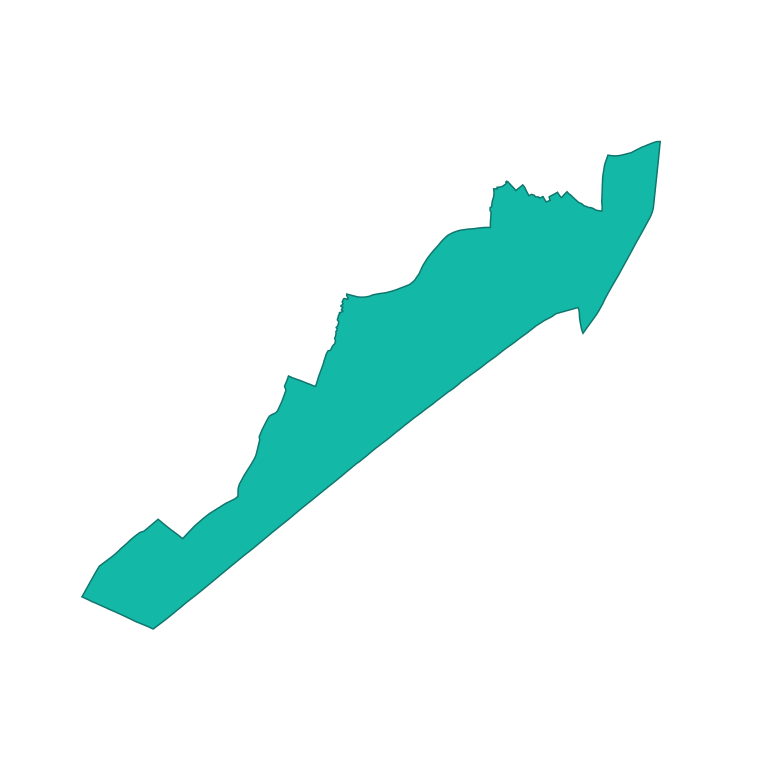 Bang Kruai, Nonthaburi, Thailand, rotated 319°
{"feature_id": "78962969B85979697822456", "entity_name": "Bang Kruai", "entity_type": "district", "adm_level": 2, "iso_a3": "THA", "parent_name": "Thailand", "parent_adm1": "Nonthaburi", "projection": "mercator", "projection_center": [100.434, 13.813], "detail": "fine", "context": "isolated", "style": "filled", "palette": "teal", "viewbox_px": 768, "rotation_deg": 319, "n_neighbors": 0, "source": "geoboundaries", "source_scale": "gbopen_adm2", "svg_char_len": 6070}
<svg xmlns="http://www.w3.org/2000/svg" viewBox="0 0 768 768"><g transform="rotate(319 384 384)"><path d="M423.3,303.1L421.4,301.1L420.6,300.0L418.6,297.1L414.9,291.7L414.2,292.5L413.9,292.8L413.7,293.3L413.3,295.4L412.9,295.9L412.6,296.1L412.3,296.2L412.0,296.0L411.6,295.3L411.1,294.8L410.2,293.6L410.0,293.4L409.7,293.3L409.5,293.2L409.3,293.3L408.0,293.9L406.8,294.3L406.5,294.5L406.1,295.0L406.0,295.3L405.8,296.3L405.7,296.6L405.2,296.8L404.8,296.9L403.2,296.6L402.9,296.6L402.6,296.9L402.5,297.2L402.5,297.5L403.2,298.7L403.3,298.9L403.2,299.1L403.1,299.3L402.8,299.4L401.2,299.7L400.8,299.9L400.5,300.0L400.4,300.2L400.4,300.4L400.8,301.2L400.9,301.5L400.8,301.8L400.6,302.1L400.3,302.2L400.0,302.1L399.1,301.7L398.2,301.6L397.5,301.0L397.2,300.9L396.7,301.3L396.7,302.0L396.0,302.3L395.0,302.2L394.7,302.3L394.4,302.5L393.7,303.2L392.0,304.2L391.3,304.6L391.0,304.9L390.8,305.2L390.8,306.5L390.7,306.9L390.5,307.4L390.1,307.9L387.0,309.8L386.5,309.9L385.3,309.8L385.0,309.9L384.9,310.2L384.8,311.0L384.8,311.4L384.6,311.8L384.4,312.1L383.9,312.5L382.8,312.6L381.9,313.1L381.6,313.4L381.3,314.1L381.1,314.3L378.5,316.3L378.1,316.5L377.4,316.7L377.0,316.9L376.6,317.3L376.4,317.8L376.0,319.3L374.4,320.5L373.8,321.0L373.2,321.3L371.6,321.3L369.7,321.7L366.1,323.3L365.5,323.3L364.7,323.0L363.7,322.4L363.3,322.3L360.9,323.2L359.8,323.7L356.7,325.6L353.8,327.3L352.1,328.5L350.3,329.6L340.4,335.0L338.1,336.4L337.0,337.1L336.0,337.7L334.5,338.7L333.2,339.5L330.8,340.8L330.1,340.0L329.6,339.2L328.0,335.8L326.8,333.7L325.9,331.9L322.6,325.5L321.5,323.8L320.4,321.7L319.1,319.5L318.3,317.6L317.2,315.3L313.7,317.3L307.7,320.3L307.5,320.5L307.1,320.9L306.6,322.8L306.3,323.6L306.1,324.0L306.0,324.3L305.3,324.7L296.0,329.9L293.5,331.1L286.9,334.0L285.9,334.4L285.1,334.6L283.0,334.6L282.5,334.5L279.6,333.6L277.6,333.2L276.9,333.1L275.7,333.3L273.6,333.9L269.0,335.7L262.1,338.5L258.7,340.2L256.0,341.5L255.3,341.9L255.0,342.2L254.8,342.5L253.9,344.1L253.3,344.8L246.0,350.0L242.6,352.4L240.2,354.0L238.4,354.8L235.3,356.0L233.3,356.7L228.9,358.1L218.8,361.1L209.3,364.7L206.6,366.3L204.3,368.2L200.5,372.6L199.4,373.0L196.2,372.9L190.4,371.4L187.3,370.5L184.7,370.0L167.3,367.3L160.6,366.9L147.6,366.9L130.6,368.6L130.3,367.2L129.4,362.2L128.2,356.7L127.5,353.7L126.6,348.9L125.0,339.4L124.8,337.9L109.6,337.7L106.7,337.6L105.7,337.4L104.1,336.6L102.7,336.1L102.1,335.9L97.2,335.5L91.4,335.3L85.1,335.6L76.7,335.6L75.4,335.8L68.9,336.0L64.6,335.8L49.8,334.7L49.3,334.8L40.7,337.7L28.5,342.1L21.6,344.6L17.5,346.1L16.4,346.4L17.5,348.9L19.6,353.6L20.8,356.6L23.1,361.2L29.3,374.8L31.3,378.9L37.8,393.4L40.8,400.5L46.9,412.6L48.5,416.4L49.1,417.5L65.8,418.6L85.9,419.2L90.5,419.2L95.8,419.5L102.8,419.9L110.9,420.2L127.0,420.6L133.9,420.7L159.7,421.4L167.8,421.7L175.7,422.1L192.5,422.5L202.6,422.7L218.6,423.3L222.5,423.5L236.8,423.7L246.6,424.0L252.3,424.3L259.4,424.5L265.8,424.7L274.7,425.0L283.6,425.4L287.3,425.5L295.2,425.7L298.3,425.7L310.2,426.0L311.7,426.1L314.7,426.5L319.7,426.6L322.7,426.8L325.0,426.8L330.4,426.9L335.0,427.0L343.6,427.5L348.4,427.9L352.1,428.1L361.9,428.3L366.2,428.6L372.3,428.7L376.3,429.0L384.0,429.3L392.0,430.0L400.1,430.4L407.5,431.1L412.3,431.2L427.3,432.1L432.4,432.8L438.6,433.1L444.2,433.1L468.9,435.2L476.0,435.5L486.6,436.5L496.1,436.9L500.2,437.2L505.7,437.8L510.3,438.2L515.0,438.4L526.6,439.4L537.2,439.9L546.7,441.3L554.9,443.3L560.0,443.8L580.6,453.6L580.0,455.3L579.5,456.2L579.0,457.1L577.6,459.1L575.0,462.3L572.3,466.6L569.3,471.8L568.0,474.7L567.5,476.3L574.9,474.5L588.3,471.4L591.6,470.5L594.4,469.6L601.8,466.9L604.4,465.7L606.5,464.8L613.4,462.2L618.7,460.3L632.0,455.8L653.1,448.0L667.7,442.5L682.7,437.1L691.1,433.9L694.7,432.6L696.9,431.5L698.8,430.5L700.7,429.3L702.1,428.3L703.9,426.8L733.3,399.4L735.8,397.1L750.3,383.4L751.6,382.2L750.5,381.3L749.5,380.5L748.4,379.8L746.9,379.1L744.9,378.3L741.3,377.0L733.5,374.3L730.9,373.7L727.9,372.9L722.1,371.5L713.4,367.1L710.7,365.5L708.3,363.7L706.2,361.7L704.3,359.6L703.2,358.2L697.1,361.6L693.8,363.7L692.6,364.7L691.0,366.1L687.8,368.7L686.2,370.1L683.3,372.8L681.2,375.2L679.5,376.8L678.3,378.3L677.0,379.6L673.8,383.1L672.2,384.7L670.5,386.7L668.4,388.7L666.7,390.9L665.2,393.0L664.6,393.8L661.9,396.5L659.2,393.4L658.1,391.9L657.7,390.9L657.2,389.0L656.6,388.1L656.4,387.4L655.9,386.9L655.6,386.4L655.3,386.1L655.0,385.6L654.8,385.4L654.5,385.3L654.2,385.2L653.8,384.5L653.6,383.5L653.5,383.2L651.9,380.8L651.5,377.8L651.3,377.2L650.3,375.4L650.1,374.8L650.0,374.4L649.4,370.0L648.8,363.2L648.2,361.6L648.2,361.3L648.3,360.5L648.3,359.0L644.9,359.2L641.5,359.7L640.5,359.7L640.2,359.7L640.1,359.3L640.1,357.5L640.6,353.6L640.7,353.1L636.2,352.2L631.7,351.1L631.4,351.2L631.1,351.5L630.4,353.0L629.9,354.4L625.8,353.0L626.6,348.6L627.0,346.9L626.6,346.6L625.1,346.4L624.6,346.3L623.3,345.5L623.3,345.3L623.5,344.6L623.4,344.2L622.8,343.8L622.5,343.4L621.4,342.4L621.0,342.0L621.0,341.9L621.3,340.6L621.3,340.4L619.9,337.9L619.7,337.7L616.9,336.9L617.8,333.0L619.2,327.9L619.3,327.1L619.3,324.7L615.5,324.7L614.6,324.6L610.4,324.5L610.5,322.3L610.3,316.7L610.1,313.5L610.3,313.3L609.9,312.2L609.6,311.4L608.5,311.5L608.3,311.7L608.5,312.4L607.6,312.8L606.7,312.9L605.4,312.8L602.9,312.5L600.5,311.3L600.0,311.1L599.3,310.7L599.5,310.5L598.4,309.7L597.3,310.9L594.8,308.6L592.7,311.6L591.8,312.6L590.2,314.1L589.1,315.0L588.8,315.2L588.1,315.4L587.1,316.3L585.9,316.9L584.4,318.1L581.4,320.9L581.2,320.9L580.1,320.4L579.9,320.4L577.9,322.6L577.8,322.9L577.7,324.2L577.3,324.8L574.0,328.2L571.5,330.6L569.1,333.2L567.0,335.7L565.3,334.1L563.1,332.2L558.1,328.6L553.1,325.3L549.4,322.5L545.9,320.2L542.8,318.2L541.1,317.3L537.8,315.9L535.4,315.0L530.6,313.8L529.8,313.7L527.3,313.6L521.4,314.0L516.2,314.9L508.8,315.8L503.9,316.6L498.8,317.7L491.6,319.9L490.8,320.2L488.1,321.4L483.1,323.7L476.0,325.6L473.6,325.9L470.0,325.8L468.8,325.7L467.6,325.4L454.8,320.8L450.9,319.1L446.4,316.9L444.6,315.9L439.1,312.3L436.5,310.8L434.1,309.4L431.4,308.5L430.2,308.0L426.6,305.9L424.4,304.0L423.3,303.1Z" fill="#14b8a6" stroke="#0f766e" stroke-width="1.5"/></g></svg>